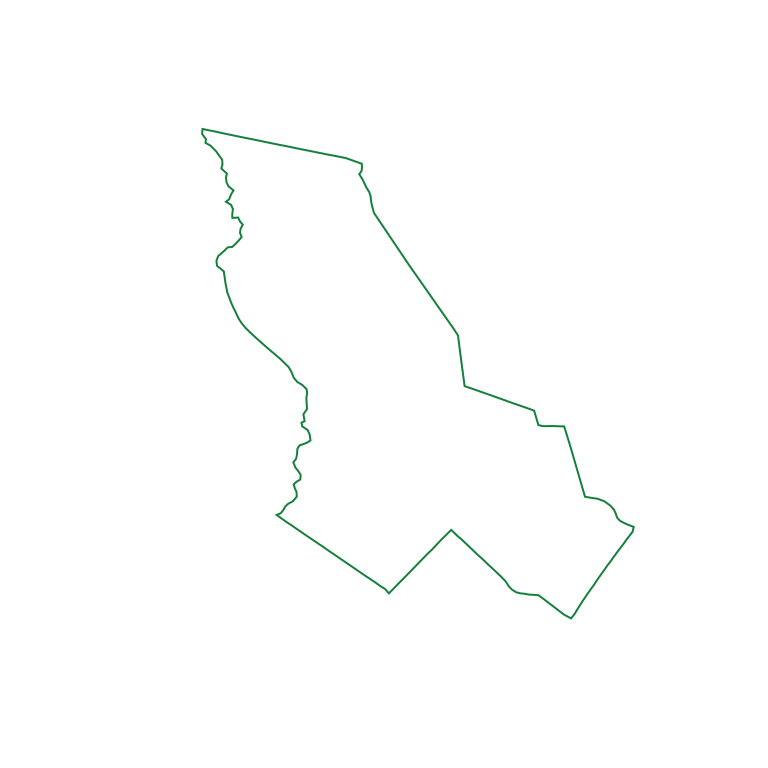 the district of Araruama, Rio de Janeiro, Brazil, rotated 302°
{"feature_id": "56859067B24676090780679", "entity_name": "Araruama", "entity_type": "district", "adm_level": 2, "iso_a3": "BRA", "parent_name": "Brazil", "parent_adm1": "Rio de Janeiro", "projection": "equal_earth", "projection_center": [-42.303, -22.745], "detail": "fine", "context": "isolated", "style": "outline", "palette": "green", "viewbox_px": 768, "rotation_deg": 302, "n_neighbors": 0, "source": "geoboundaries", "source_scale": "gbopen_adm2", "svg_char_len": 2840}
<svg xmlns="http://www.w3.org/2000/svg" viewBox="0 0 768 768"><g transform="rotate(302 384 384)"><path d="M559.0,248.4L555.3,231.7L550.5,219.0L548.7,214.5L544.0,202.0L537.2,184.0L533.6,174.2L531.1,167.8L526.7,156.0L522.4,144.3L518.9,135.1L514.9,124.3L512.3,117.3L510.4,112.0L508.3,106.1L506.4,101.2L504.1,94.9L499.6,97.3L497.3,103.3L493.9,104.8L494.2,110.3L492.4,118.3L490.2,123.4L488.4,127.9L484.7,130.6L480.5,131.9L479.2,139.3L475.3,140.6L471.4,143.8L469.2,147.5L468.4,153.8L464.0,153.8L458.6,154.8L454.8,153.4L454.9,159.4L452.3,163.2L447.6,165.3L444.5,167.4L447.9,172.1L445.5,175.8L444.3,179.8L439.3,180.2L435.9,181.8L433.2,185.4L429.6,184.9L424.9,184.0L420.0,182.8L417.1,179.1L412.2,177.9L408.9,177.0L404.7,175.6L399.7,176.6L395.8,179.7L394.6,188.5L391.6,191.0L388.8,193.4L386.0,195.7L378.7,202.5L371.9,211.4L368.9,215.8L366.4,220.0L364.0,223.5L361.8,227.3L360.0,231.5L358.1,237.1L356.4,245.0L355.1,252.3L353.8,259.7L352.8,266.0L351.9,272.1L351.1,277.5L350.3,282.9L348.9,289.3L347.7,294.5L344.8,299.7L341.6,303.9L339.8,309.3L339.9,315.2L338.6,321.0L335.7,323.6L331.1,325.5L327.8,327.8L322.0,332.0L315.6,331.7L310.4,336.4L307.4,334.5L304.7,337.2L304.5,343.7L301.6,347.9L297.1,351.6L293.3,349.7L290.5,347.6L287.2,344.9L283.1,344.9L278.5,347.4L274.0,349.1L269.6,348.6L266.3,353.0L264.7,357.5L262.8,361.5L258.6,363.6L255.0,361.7L251.0,360.6L248.2,363.8L246.1,367.0L242.3,369.7L236.4,368.9L231.8,366.3L228.1,365.2L223.4,365.4L219.7,364.9L216.1,362.4L215.6,369.4L215.2,375.4L215.2,380.8L214.9,385.8L214.4,396.7L214.0,408.7L213.8,413.1L213.6,419.7L213.3,425.0L213.1,430.9L212.8,437.4L212.1,454.9L211.5,468.3L211.1,482.2L210.7,487.7L210.7,493.7L209.0,499.1L223.6,502.3L233.0,504.4L262.6,510.8L268.8,512.4L278.8,514.4L283.0,515.2L290.5,517.1L295.9,518.3L294.0,527.1L293.5,531.3L288.8,554.0L287.9,559.3L286.9,564.2L285.8,569.4L284.6,576.0L282.7,585.3L281.0,592.0L278.6,597.0L277.5,601.2L277.4,606.3L278.7,610.5L280.6,614.3L282.2,618.5L284.3,622.2L286.7,626.9L286.3,632.7L284.4,652.5L283.8,658.8L284.3,666.8L289.5,667.5L293.9,667.4L298.3,667.4L303.0,667.4L306.4,667.5L310.0,667.7L313.7,667.7L317.2,668.0L321.1,668.2L325.2,668.5L330.1,668.6L336.0,668.9L340.7,669.2L344.2,669.4L348.7,669.6L353.4,670.1L358.0,670.4L364.3,670.8L369.8,671.3L375.9,671.9L381.5,672.2L386.9,672.8L390.6,673.1L395.1,671.5L393.6,663.4L393.0,657.0L394.2,652.5L397.0,649.1L399.3,645.6L400.8,640.4L401.3,633.0L399.8,625.7L397.5,620.6L394.9,614.2L430.2,574.7L443.5,559.3L438.0,549.8L434.7,544.6L432.4,540.9L431.0,536.7L436.2,530.8L440.9,525.5L440.0,520.8L435.2,499.8L433.9,493.5L426.8,461.6L424.9,453.5L452.9,430.4L464.4,421.0L466.2,417.1L468.0,413.3L472.1,403.5L478.1,389.4L498.1,342.3L523.8,284.8L528.1,280.1L532.0,276.3L536.3,273.0L538.8,270.0L541.4,264.8L546.1,257.4L548.8,251.8L552.6,252.1L556.0,250.6L559.0,248.4Z" fill="none" stroke="#15803d" stroke-width="2"/></g></svg>